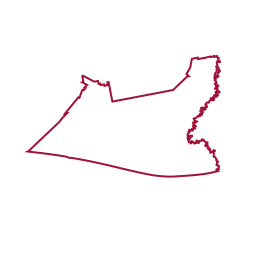 outline of Matamoros, Tamaulipas, Mexico, rotated 79°
{"feature_id": "50627088B46889164342382", "entity_name": "Matamoros", "entity_type": "district", "adm_level": 2, "iso_a3": "MEX", "parent_name": "Mexico", "parent_adm1": "Tamaulipas", "projection": "equal_earth", "projection_center": [-97.465, 25.556], "detail": "fine", "context": "isolated", "style": "outline", "palette": "rose", "viewbox_px": 256, "rotation_deg": 79, "n_neighbors": 0, "source": "geoboundaries", "source_scale": "gbopen_adm2", "svg_char_len": 5525}
<svg xmlns="http://www.w3.org/2000/svg" viewBox="0 0 256 256"><g transform="rotate(79 128 128)"><path d="M79.3,138.3L79.2,139.5L81.6,139.5L81.6,140.1L82.1,140.1L82.1,143.1L80.6,143.1L80.6,146.7L79.1,146.7L79.1,148.5L76.1,148.5L76.1,152.2L68.2,162.1L68.4,163.0L74.6,163.0L74.6,164.0L77.9,159.9L80.1,163.1L80.7,162.0L82.5,164.3L81.8,165.2L82.2,165.8L89.1,169.9L88.4,170.9L101.8,187.0L101.8,185.8L101.7,185.5L101.8,184.9L105.4,190.2L109.0,194.4L127.8,223.9L131.3,229.3L131.7,229.5L131.9,229.9L131.8,230.8L131.9,231.1L137.0,215.0L142.1,200.1L144.2,194.5L145.0,193.0L146.0,191.7L146.3,190.0L147.0,187.9L150.6,178.5L154.2,169.7L160.4,155.3L168.9,136.7L173.4,126.6L178.4,114.4L179.0,113.1L179.4,113.1L179.1,113.0L179.1,112.8L181.7,104.4L183.3,98.2L184.2,93.6L185.7,82.1L186.7,74.0L187.6,63.7L187.8,56.4L187.5,47.9L186.7,48.7L185.9,49.2L185.6,49.1L185.4,48.6L185.8,47.0L185.7,46.6L184.8,46.9L184.4,46.9L183.8,46.5L183.4,45.9L183.0,45.8L182.8,46.6L181.4,47.2L181.5,47.9L181.2,48.2L180.5,47.9L179.9,47.3L178.7,47.3L178.6,47.1L178.5,46.3L178.2,46.1L177.3,47.0L176.5,47.5L176.2,47.5L175.8,47.1L175.5,47.0L174.6,47.6L173.7,47.8L173.0,48.3L172.7,49.2L172.4,49.3L171.4,49.2L170.3,48.7L168.0,48.5L167.6,48.0L167.2,47.1L166.9,47.0L166.1,47.8L166.1,48.1L166.9,49.1L167.8,49.5L167.4,50.1L168.0,51.1L168.0,51.9L165.7,51.6L165.2,52.3L164.8,52.1L164.6,51.5L164.0,51.5L163.9,51.9L163.9,52.8L163.8,53.3L163.1,53.6L162.5,52.7L162.0,52.6L161.8,52.7L160.8,53.9L160.8,55.2L160.6,55.4L159.9,55.3L159.6,53.7L159.4,53.9L159.4,54.9L159.1,55.0L158.8,54.8L158.8,54.5L159.1,53.2L158.1,53.1L157.4,52.7L157.2,52.7L156.9,54.0L156.3,55.0L155.3,55.7L154.2,55.9L154.1,56.4L154.3,57.0L154.1,57.2L153.6,57.0L153.2,57.4L153.4,57.8L154.6,58.5L154.4,60.1L154.6,60.8L154.9,61.0L155.8,61.0L156.1,61.3L156.1,61.5L155.8,61.7L154.9,61.8L154.2,62.1L153.5,62.6L153.4,63.0L153.5,63.3L154.9,63.4L155.2,63.3L155.4,62.9L155.7,63.1L155.6,64.4L156.0,65.6L155.7,65.8L155.7,65.2L155.3,65.0L154.7,66.1L154.1,67.4L153.3,67.6L153.1,68.0L153.3,68.2L154.1,68.1L154.6,68.2L154.8,68.5L154.9,69.0L154.4,68.8L153.9,69.0L153.7,69.4L153.8,70.6L153.6,71.0L153.0,70.9L152.2,71.0L151.5,70.2L151.2,71.1L150.5,71.5L150.2,71.5L149.7,71.2L148.7,71.4L148.5,71.2L148.5,70.9L149.2,70.9L149.5,70.7L149.4,69.7L149.7,68.9L149.5,68.5L149.2,68.5L148.8,69.1L148.7,69.9L148.5,70.0L148.3,69.8L148.0,68.9L148.4,68.0L148.2,67.4L148.4,66.8L148.3,66.6L147.9,66.6L147.5,67.6L147.4,69.4L147.5,70.3L147.7,70.7L146.2,70.9L145.6,70.7L144.1,68.9L143.4,69.3L142.9,69.2L142.7,68.7L143.0,68.0L142.8,67.7L142.4,67.7L141.7,68.2L141.4,68.1L141.5,67.6L141.7,67.2L142.3,67.1L142.4,66.2L142.7,65.9L142.9,65.4L142.5,64.6L142.2,64.5L141.5,65.5L141.3,65.5L141.0,65.2L141.0,64.9L141.3,63.2L141.2,62.1L140.7,62.1L140.0,62.5L139.0,63.9L138.4,63.6L138.4,63.0L139.3,62.1L139.4,61.4L139.2,61.1L138.9,61.3L137.9,62.4L136.9,63.2L136.6,63.2L136.4,63.1L136.6,62.2L136.6,61.9L136.4,61.8L135.7,62.7L135.3,63.0L135.0,63.0L134.9,61.6L135.1,59.7L134.8,59.1L133.8,60.7L132.9,61.4L131.4,61.7L131.1,61.1L131.2,59.8L131.0,59.1L130.5,58.4L130.3,57.6L129.7,57.4L129.6,57.2L129.5,56.6L130.1,55.5L130.1,54.9L129.7,54.8L128.3,55.1L128.1,54.9L128.2,54.6L129.0,53.5L129.0,52.8L128.8,52.8L128.2,54.1L127.8,54.0L127.8,52.6L127.7,52.1L126.7,51.5L126.2,51.5L125.9,51.8L125.7,52.7L125.7,53.6L125.3,53.8L124.9,53.7L124.4,53.4L124.4,53.1L124.7,52.5L124.5,52.2L123.4,51.9L122.5,52.4L122.1,52.3L122.0,51.8L122.3,51.2L123.6,50.3L124.6,50.0L124.7,49.3L124.4,48.4L123.4,48.1L123.7,49.2L123.7,49.7L123.4,50.3L122.9,50.5L122.6,50.1L122.5,48.9L122.1,47.9L122.4,46.7L122.3,46.4L121.5,46.6L120.5,46.6L119.8,47.6L119.3,47.4L118.9,46.6L118.0,45.7L118.4,44.5L118.4,43.5L117.1,43.1L116.6,42.0L116.7,41.4L116.4,41.1L116.0,41.0L115.1,41.3L114.7,41.2L114.5,40.9L114.6,40.0L115.0,39.6L115.7,39.9L116.1,40.6L116.5,40.5L116.8,39.9L117.0,38.8L116.9,38.4L116.6,38.4L116.1,39.5L115.5,39.6L115.4,39.4L115.7,38.3L115.6,37.7L115.3,37.7L115.0,38.0L114.8,38.7L114.3,38.9L113.4,37.9L112.5,37.3L112.2,36.8L112.3,36.4L113.4,36.6L114.0,36.1L114.1,35.9L114.1,35.0L113.6,34.1L112.9,33.3L112.7,33.4L112.1,34.2L112.0,34.7L112.1,35.3L111.9,35.7L111.0,34.9L109.7,35.1L109.4,35.0L109.5,34.0L110.3,33.3L110.5,32.6L110.6,32.1L110.2,31.3L110.0,31.5L110.0,32.6L109.6,33.1L109.3,33.0L109.0,32.1L108.7,32.1L108.4,32.3L108.2,32.9L108.7,33.3L108.6,33.6L108.3,33.7L106.5,33.4L105.8,32.4L105.7,32.4L105.5,33.0L105.6,33.6L106.2,34.4L106.1,35.0L105.8,35.1L105.0,34.0L105.1,32.8L104.3,32.7L104.0,31.8L103.6,31.3L103.4,31.5L103.3,32.0L103.2,33.7L102.5,33.8L101.6,34.3L101.4,34.1L101.9,33.1L101.7,32.7L100.7,32.7L99.5,32.5L99.3,32.6L99.4,33.2L98.3,33.0L97.5,33.7L97.3,33.5L97.3,32.8L96.8,32.6L95.9,33.6L95.4,33.8L95.0,33.2L95.3,30.6L95.1,30.1L94.4,29.4L93.2,30.0L93.1,30.5L93.3,31.0L94.2,31.5L94.3,31.7L93.4,32.3L93.2,33.0L92.8,32.9L92.3,32.1L91.4,32.3L90.9,32.1L90.1,31.0L90.0,30.4L90.5,29.4L91.2,29.4L91.4,29.0L90.8,28.2L90.2,28.4L89.9,28.3L89.7,28.1L89.7,27.0L89.5,26.8L88.5,27.3L88.0,27.8L87.8,29.1L88.1,29.8L87.7,30.1L87.2,29.8L87.5,28.2L87.3,27.8L87.0,27.6L85.8,27.7L85.4,28.8L84.7,29.8L84.4,29.6L84.2,28.6L83.8,28.3L83.3,28.2L82.1,28.5L81.1,28.2L80.6,28.3L80.4,26.7L80.7,26.1L80.8,25.5L80.7,25.0L80.5,24.9L80.3,24.9L80.1,25.2L79.4,27.5L79.1,27.4L78.6,26.4L78.2,26.0L76.7,25.6L76.5,26.5L76.2,26.8L75.7,26.9L74.8,26.6L74.4,26.7L74.6,27.9L74.4,28.7L74.7,28.8L74.6,29.8L73.8,29.7L73.9,30.7L73.8,30.9L74.3,33.1L73.5,33.6L73.9,40.6L73.7,40.6L73.7,46.1L72.2,46.1L72.3,52.1L80.5,55.4L86.2,60.3L86.5,60.2L88.8,58.4L88.9,60.0L89.0,60.5L99.3,76.4L99.1,138.3L79.3,138.3Z" fill="none" stroke="#9f1239" stroke-width="2"/></g></svg>